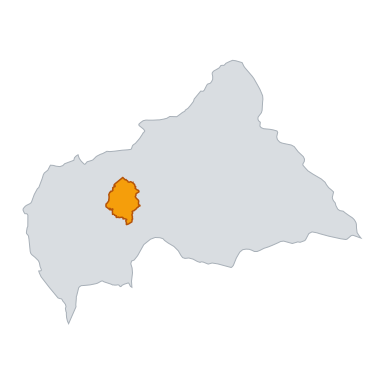 location of Bouca, Ouham, Central African Republic
{"feature_id": "33826404B6253227494909", "entity_name": "Bouca", "entity_type": "district", "adm_level": 2, "iso_a3": "CAF", "parent_name": "Central African Republic", "parent_adm1": "Ouham", "projection": "natural_earth1", "projection_center": [18.249, 6.335], "detail": "fine", "context": "in_parent", "style": "filled", "palette": "amber", "viewbox_px": 384, "rotation_deg": 0, "n_neighbors": 0, "source": "geoboundaries", "source_scale": "gbopen_adm2", "svg_char_len": 6839}
<svg xmlns="http://www.w3.org/2000/svg" viewBox="0 0 384 384"><path d="M273.2,129.9L277.0,131.0L277.7,132.4L276.7,136.8L277.4,139.6L279.6,142.0L281.8,143.0L283.9,143.5L291.2,145.0L294.2,146.6L298.2,151.8L303.3,156.6L304.5,159.1L304.3,161.4L302.8,164.1L303.0,165.3L305.4,168.1L308.0,170.9L312.9,174.1L321.3,179.0L325.1,182.3L326.5,184.8L328.6,187.6L331.6,190.1L333.6,192.0L332.3,197.4L332.7,199.2L333.5,200.8L335.2,202.9L335.9,205.6L337.7,209.1L339.8,210.6L343.2,211.2L345.1,212.8L348.9,215.5L352.5,217.9L354.1,219.5L355.1,221.0L356.0,222.7L356.4,224.4L356.5,228.0L357.1,232.6L359.1,235.7L361.0,238.1L353.4,235.4L352.3,235.3L351.0,235.8L347.1,239.1L345.8,239.5L340.9,238.8L328.9,236.2L319.7,233.7L316.9,232.8L312.0,231.9L308.8,233.6L305.7,239.5L304.8,240.6L300.1,242.3L297.8,241.9L292.3,243.5L283.7,241.1L280.6,241.5L278.2,242.7L272.1,245.4L268.4,246.9L264.0,248.3L259.9,250.4L257.1,251.5L254.4,251.5L252.0,250.3L249.3,249.3L246.1,249.1L242.7,249.7L239.9,252.0L238.8,253.7L236.3,258.1L233.4,265.3L232.3,266.7L231.2,267.5L217.8,263.9L212.1,263.0L208.2,264.1L203.3,262.1L201.2,261.8L200.1,262.4L197.4,261.5L193.0,259.1L188.8,258.0L185.0,258.4L182.6,257.6L180.8,255.2L178.3,250.8L174.0,246.5L168.1,243.0L164.5,240.4L163.0,238.7L159.9,237.7L155.1,237.5L150.5,239.2L143.8,244.6L137.6,255.7L134.2,260.0L131.5,261.1L130.8,263.8L132.1,268.0L132.5,272.9L131.5,281.2L131.9,287.3L130.4,286.3L129.0,283.5L128.3,282.9L124.3,284.2L122.1,285.3L121.0,286.5L120.2,286.6L118.9,285.1L117.9,284.8L116.2,285.1L114.6,285.1L113.5,284.9L112.8,285.0L110.9,284.1L103.9,281.8L102.7,281.0L101.3,281.1L97.7,283.1L95.8,283.7L90.0,284.9L83.8,285.5L81.4,285.6L79.8,286.5L78.7,287.7L76.8,295.4L76.3,296.7L76.3,298.7L75.8,304.8L76.0,306.8L68.6,323.7L67.4,320.9L66.6,317.6L66.3,313.8L66.5,312.8L66.0,311.7L65.4,308.6L66.0,306.6L65.5,304.5L64.0,302.4L62.7,300.9L62.0,299.4L61.3,298.8L59.9,298.6L58.0,297.9L49.7,287.9L41.1,276.8L39.4,273.1L38.7,271.0L40.8,270.8L41.3,270.4L41.3,269.5L40.1,266.6L39.4,262.9L38.4,260.7L35.0,257.3L31.8,254.7L30.8,253.4L30.2,251.4L29.0,239.4L28.5,236.0L27.4,234.4L26.7,233.8L26.4,232.9L26.6,230.8L27.0,228.8L27.0,228.1L27.8,226.4L27.9,215.2L26.8,213.7L24.9,213.7L23.9,212.1L23.0,210.0L23.3,208.5L25.2,206.3L26.4,205.4L30.0,203.6L31.1,202.7L31.7,201.6L32.2,200.1L34.3,194.4L37.4,188.7L38.8,187.5L42.0,179.1L42.7,176.9L43.3,174.8L44.3,173.0L47.8,170.2L50.4,165.2L53.3,165.4L56.2,166.2L59.9,166.6L62.8,165.6L64.7,163.7L73.8,160.3L74.5,157.7L75.9,156.2L77.6,155.0L78.1,154.8L78.3,155.7L79.3,158.5L81.3,161.3L84.4,164.3L85.2,164.1L87.1,161.8L91.8,160.4L93.0,159.8L96.4,156.4L100.4,154.3L102.8,153.5L106.9,151.3L109.8,151.6L114.4,151.2L122.2,150.2L127.8,149.8L130.7,149.4L131.4,148.9L132.5,145.7L133.3,144.8L135.4,143.4L139.6,138.5L142.3,134.4L143.1,132.9L143.6,132.7L144.8,131.0L143.6,129.2L139.0,125.5L139.1,125.0L138.8,124.4L139.1,123.9L140.8,122.4L143.2,120.7L145.8,120.1L152.4,120.2L158.0,119.9L159.3,119.9L163.7,119.1L166.8,118.3L169.8,116.5L176.8,116.7L182.7,112.3L184.4,111.5L185.1,110.8L185.3,110.1L188.0,108.3L191.1,104.6L193.5,101.4L194.2,99.0L200.7,91.1L203.0,91.3L204.2,90.3L206.8,85.1L207.6,84.1L210.3,83.2L211.6,81.6L212.7,79.3L212.7,76.4L212.2,74.1L212.2,73.0L212.8,72.0L213.9,70.9L218.9,68.1L220.1,66.7L220.9,65.5L222.3,65.3L223.8,65.4L224.8,64.6L225.9,63.3L229.4,61.6L232.6,60.3L235.9,60.8L242.1,62.6L243.9,66.3L244.8,67.6L252.4,76.5L253.9,78.6L257.6,85.1L260.0,89.5L262.6,95.7L262.9,99.1L262.6,102.0L262.1,110.3L261.4,112.7L258.1,117.1L257.9,119.1L258.6,120.8L259.6,121.5L260.3,122.3L259.9,126.1L261.1,127.6L263.6,128.7L269.9,129.3L273.2,129.9Z" fill="#d9dde1" stroke="#a8b0b8" stroke-width="1"/><path d="M138.0,207.3L138.4,206.4L138.8,206.3L139.4,206.1L139.7,206.0L139.9,205.9L139.9,205.7L139.9,205.4L139.8,205.2L139.6,205.1L139.3,205.0L139.1,204.9L138.9,204.8L138.7,204.6L138.5,204.2L138.5,203.6L138.5,202.4L138.7,201.3L138.6,200.9L138.5,200.5L137.9,199.7L136.5,198.5L135.4,197.0L135.3,196.8L135.3,196.6L135.4,196.4L135.6,196.0L135.8,195.7L135.9,194.9L136.0,194.0L136.3,193.5L136.6,193.3L137.2,193.0L138.0,192.4L138.7,192.1L138.9,191.8L138.9,191.4L138.9,191.1L138.6,190.7L138.4,190.4L137.9,190.1L137.1,189.9L135.2,188.3L135.4,187.8L135.5,187.2L135.7,186.9L135.6,186.7L135.3,186.7L135.1,186.7L134.7,185.1L134.5,184.4L133.1,183.2L133.0,182.7L132.9,182.8L132.5,182.6L131.3,182.0L130.7,181.7L130.0,181.9L129.4,182.2L129.0,182.2L128.5,182.0L128.0,181.8L127.8,181.3L127.6,180.9L127.2,180.6L126.8,180.4L126.4,180.1L126.2,179.8L126.0,179.6L125.8,179.7L125.6,179.8L125.3,179.8L125.0,179.7L124.9,179.5L124.5,179.2L124.2,178.8L123.9,178.6L123.7,178.4L123.4,178.1L123.0,177.7L122.8,177.5L122.4,177.7L122.1,178.0L116.0,183.0L115.3,183.5L115.1,183.7L114.9,183.9L114.8,184.1L114.7,184.3L114.5,184.5L114.2,184.7L114.1,185.2L114.1,185.4L114.5,185.4L114.9,185.5L115.0,185.7L115.1,186.1L115.1,186.4L114.9,186.7L114.5,186.8L114.1,186.9L113.8,186.9L113.4,187.2L113.0,187.6L112.8,187.7L112.7,187.8L112.7,188.0L112.8,188.2L112.9,188.4L113.0,188.6L112.9,188.9L112.8,189.1L112.7,189.2L112.6,189.4L112.7,189.7L112.8,190.0L112.8,190.4L112.8,190.5L112.5,190.8L112.2,190.8L111.9,191.0L111.7,191.3L111.2,191.5L110.8,191.5L110.6,191.4L110.4,191.7L110.4,191.8L110.3,192.2L110.1,192.3L109.9,192.4L109.7,192.5L109.5,192.9L109.4,193.4L109.2,193.8L108.9,194.2L108.8,194.6L108.9,195.1L108.9,195.5L109.0,196.1L109.1,196.8L109.0,198.5L108.8,199.6L108.8,200.7L108.3,201.4L108.0,201.9L107.1,203.1L106.1,204.0L106.0,204.7L106.1,205.1L105.9,205.7L106.1,206.8L107.5,207.8L109.6,209.5L109.6,209.0L109.6,208.7L109.7,208.4L109.8,208.4L110.0,208.4L110.2,208.7L110.3,208.7L110.5,208.9L110.9,209.3L110.9,209.5L111.0,209.6L111.1,209.4L111.3,209.3L111.5,209.3L111.7,209.5L111.8,209.5L112.2,209.4L112.3,209.0L112.5,208.9L112.8,209.1L112.8,209.4L112.6,210.0L112.4,210.2L112.3,210.8L112.5,211.4L112.4,212.3L112.6,214.3L113.4,214.2L114.3,214.7L114.7,215.3L115.1,215.4L115.4,215.5L115.6,215.7L115.7,215.8L115.8,215.9L116.1,215.9L116.3,215.9L116.3,216.6L116.2,217.1L116.4,217.3L116.8,217.5L117.1,217.4L117.5,217.3L117.8,217.2L118.2,217.1L118.4,217.1L118.6,217.2L118.8,217.4L119.0,217.6L119.8,217.5L120.5,217.4L121.3,217.3L121.7,217.3L122.2,217.3L122.6,217.4L123.0,217.6L123.0,217.9L123.0,218.4L123.0,218.7L123.1,218.9L123.4,218.9L123.7,218.7L123.8,218.7L124.5,218.7L124.9,218.7L126.6,219.4L126.7,219.7L126.7,219.8L126.2,220.2L125.9,220.5L125.8,220.9L125.9,221.3L126.0,221.4L126.1,221.8L126.2,222.2L126.4,222.5L126.5,222.9L126.5,223.2L126.4,223.5L126.3,223.8L126.3,224.1L126.4,224.4L126.6,224.5L126.8,224.6L127.2,224.4L127.8,224.2L128.6,223.9L130.0,223.0L130.8,222.5L131.8,221.9L132.1,220.1L132.0,219.4L132.5,219.2L132.5,218.1L132.3,217.6L132.4,216.3L132.0,215.4L132.0,214.4L132.5,213.4L132.7,213.0L132.4,212.2L132.2,211.5L132.9,211.0L133.5,210.8L134.0,210.7L134.4,210.2L134.9,209.9L135.6,209.5L137.1,207.7L137.7,207.4L138.0,207.3Z" fill="#f59e0b" stroke="#b45309" stroke-width="1.5"/></svg>